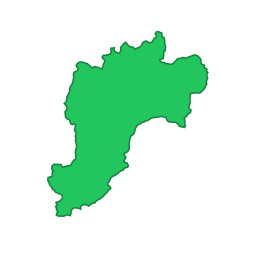 the district of Muniz Freire, Espírito Santo, Brazil, rotated 192°
{"feature_id": "56859067B51669196244688", "entity_name": "Muniz Freire", "entity_type": "district", "adm_level": 2, "iso_a3": "BRA", "parent_name": "Brazil", "parent_adm1": "Espírito Santo", "projection": "mercator", "projection_center": [-41.436, -20.403], "detail": "fine", "context": "isolated", "style": "filled", "palette": "green", "viewbox_px": 256, "rotation_deg": 192, "n_neighbors": 0, "source": "geoboundaries", "source_scale": "gbopen_adm2", "svg_char_len": 4524}
<svg xmlns="http://www.w3.org/2000/svg" viewBox="0 0 256 256"><g transform="rotate(192 128 128)"><path d="M148.3,211.4L149.1,210.2L150.0,209.2L150.7,207.4L151.8,205.8L151.5,204.0L151.2,201.9L151.9,199.9L153.6,199.1L155.1,199.6L157.0,200.3L158.0,201.8L158.1,203.7L159.6,202.9L161.1,202.7L161.1,201.0L160.1,199.3L160.4,197.9L161.1,196.3L162.6,195.5L163.9,195.0L165.4,194.5L167.4,193.9L168.0,191.7L166.7,190.6L165.2,189.7L164.6,188.3L164.9,186.7L165.3,185.4L165.3,183.7L165.4,181.7L166.2,180.2L168.6,180.8L170.6,181.2L172.0,181.1L173.5,181.3L174.6,179.8L176.2,179.6L177.8,180.7L179.5,181.6L181.4,182.6L184.1,182.7L186.0,183.0L188.5,182.7L190.1,181.6L191.2,180.0L191.7,178.5L190.6,176.7L189.3,176.0L189.3,174.1L190.6,172.3L192.3,171.6L192.5,169.4L192.3,167.9L191.6,166.4L191.7,164.1L191.5,161.5L191.9,159.4L192.8,157.1L193.3,154.5L192.5,152.6L192.8,150.8L193.5,148.1L194.3,145.7L194.0,143.5L193.7,141.8L194.3,140.2L195.5,138.7L193.9,137.7L192.7,136.4L191.8,134.7L191.9,132.3L193.0,131.1L192.7,129.7L192.0,127.8L191.4,125.7L189.3,124.2L187.4,124.0L186.0,122.3L185.0,120.3L183.3,119.7L181.6,121.0L180.0,120.1L179.8,117.6L180.0,115.6L179.2,113.7L177.6,112.5L177.6,111.0L177.9,108.7L176.7,107.3L177.0,105.6L176.3,103.8L175.4,101.8L174.4,99.3L174.5,97.3L174.6,95.7L174.5,93.5L173.8,91.4L173.1,89.1L172.7,87.5L173.1,86.0L174.5,85.3L174.9,83.7L175.6,82.4L176.0,80.2L177.5,78.8L179.0,78.9L180.1,77.7L181.9,77.2L183.0,76.2L184.5,76.5L185.9,78.3L188.3,77.8L189.7,77.9L191.0,77.2L192.5,77.5L193.5,76.2L194.4,75.1L194.3,73.2L193.9,71.7L192.0,70.6L193.0,69.2L192.5,67.1L192.2,64.9L194.3,63.8L195.9,62.9L195.8,61.4L195.4,59.7L194.1,58.6L193.3,56.7L192.3,55.7L190.6,54.4L189.5,52.7L187.3,51.8L185.5,50.1L183.3,49.7L180.6,49.2L179.0,48.9L177.8,47.1L177.6,45.4L178.4,44.1L179.6,42.2L181.3,41.3L183.0,40.1L182.0,39.2L181.2,38.0L182.5,36.3L181.4,34.8L180.9,32.9L179.4,31.8L179.9,29.4L180.1,28.1L178.1,27.3L175.9,27.7L174.1,28.1L172.4,28.4L171.0,29.4L169.3,30.5L167.9,30.4L166.1,30.3L166.0,32.4L166.4,35.2L165.6,37.1L164.2,38.7L162.5,39.0L161.0,39.2L157.3,38.8L158.0,40.8L157.2,42.3L155.6,44.2L154.3,43.9L152.4,44.3L150.2,43.4L148.7,45.1L147.4,47.1L145.0,47.6L144.1,49.5L143.2,50.8L142.0,51.8L140.2,53.1L139.4,54.5L137.8,56.1L137.1,57.9L136.3,59.2L135.3,60.2L134.7,61.9L134.0,63.5L132.9,64.2L132.3,65.6L133.6,67.1L135.9,68.1L136.4,69.9L135.5,71.1L134.9,72.7L134.8,74.3L134.6,75.8L133.2,77.1L132.1,78.2L130.7,78.9L129.9,80.2L128.3,81.5L127.6,83.1L126.6,83.9L125.5,84.9L124.1,85.6L123.5,87.3L122.2,88.7L120.3,89.4L119.7,91.0L120.5,92.3L121.6,93.5L123.6,93.7L125.0,94.5L124.8,96.2L124.2,97.5L124.2,99.5L126.0,100.5L126.4,101.9L125.2,103.2L123.6,104.6L122.6,106.8L122.7,109.2L123.2,110.7L123.5,112.5L123.7,114.9L124.0,116.6L123.7,118.3L123.8,120.1L122.6,121.6L121.4,122.9L120.8,124.9L120.7,127.1L120.6,129.2L119.9,131.4L119.2,133.2L117.7,133.8L116.5,135.1L115.6,136.1L113.8,137.0L112.5,138.1L111.3,139.0L109.6,140.0L107.8,142.0L106.2,143.0L104.8,143.6L102.5,144.4L100.6,145.1L98.0,146.2L96.1,146.3L94.3,146.1L92.7,146.0L91.8,144.3L90.8,142.9L88.8,142.6L87.1,142.8L85.4,142.9L84.1,143.1L82.7,143.8L81.5,143.0L79.8,142.3L78.5,140.6L76.9,140.2L75.1,140.3L73.0,140.2L72.2,142.0L73.3,143.5L73.6,146.0L74.3,147.8L75.1,149.1L74.2,150.3L73.1,151.6L72.6,153.8L71.4,154.8L70.1,156.1L70.1,158.7L71.3,159.3L72.7,159.9L72.7,161.7L72.7,163.5L72.2,165.4L72.9,167.2L73.3,168.8L73.8,170.2L73.5,171.8L74.3,173.4L73.2,175.4L71.4,175.7L70.1,176.0L68.9,176.7L67.0,176.8L65.0,177.1L63.8,178.5L62.3,180.9L61.1,183.0L60.6,185.9L60.1,187.5L60.9,189.4L60.9,191.4L60.4,193.4L61.6,195.2L62.0,197.0L61.4,198.9L63.1,199.9L63.0,201.8L64.1,202.6L66.2,203.0L66.1,205.3L68.0,205.5L69.6,206.2L70.4,207.7L70.8,209.5L71.4,210.7L73.2,212.0L75.3,213.2L76.9,213.5L78.6,213.2L80.1,212.1L81.6,211.2L83.6,210.0L85.2,208.6L86.8,208.4L88.3,208.5L89.8,208.1L91.0,206.9L93.1,206.5L94.3,205.5L95.2,203.9L95.9,202.7L96.6,201.5L97.3,200.1L99.7,199.1L102.0,199.2L104.2,198.9L106.2,199.6L108.2,199.3L110.1,199.8L111.1,201.4L109.7,202.4L108.1,203.2L108.1,205.5L108.4,208.1L108.8,210.3L107.6,211.5L108.0,213.3L108.0,215.0L108.9,216.9L109.9,218.8L110.1,220.5L110.6,222.1L111.7,224.0L113.7,224.7L114.2,226.3L114.8,228.0L116.8,228.2L118.4,228.7L120.4,227.7L120.9,225.6L119.7,224.8L119.4,222.6L121.1,221.1L121.8,218.9L122.2,217.3L124.0,216.2L125.9,215.8L127.1,216.7L128.7,216.8L130.5,215.5L131.6,214.1L131.8,211.9L132.9,210.2L134.1,209.1L136.0,207.9L137.0,206.4L138.2,207.1L139.7,208.0L141.8,208.1L143.9,208.2L145.5,209.3L146.6,210.3L148.3,211.4Z" fill="#22c55e" stroke="#15803d" stroke-width="1.5"/></g></svg>